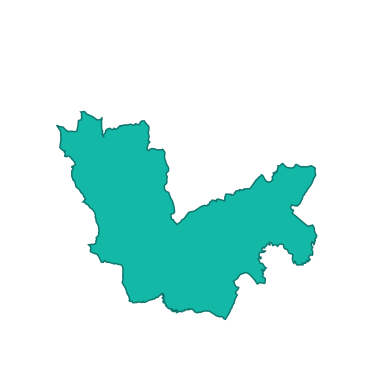 outline of Zipaquira, Cundinamarca, Colombia, rotated 329°
{"feature_id": "7082276B49275138212053", "entity_name": "Zipaquira", "entity_type": "district", "adm_level": 2, "iso_a3": "COL", "parent_name": "Colombia", "parent_adm1": "Cundinamarca", "projection": "albers", "projection_center": [-74.018, 5.061], "detail": "fine", "context": "isolated", "style": "filled", "palette": "teal", "viewbox_px": 384, "rotation_deg": 329, "n_neighbors": 0, "source": "geoboundaries", "source_scale": "gbopen_adm2", "svg_char_len": 6037}
<svg xmlns="http://www.w3.org/2000/svg" viewBox="0 0 384 384"><g transform="rotate(329 192 192)"><path d="M280.5,214.9L279.2,213.9L278.9,214.9L277.6,215.7L275.8,218.3L275.3,218.4L275.0,217.6L273.7,218.8L273.3,217.8L272.4,218.2L271.9,217.6L271.3,217.6L271.1,219.4L268.5,220.4L267.5,222.8L265.0,223.8L263.1,223.0L262.5,223.2L261.6,221.5L260.9,219.5L261.2,214.4L260.2,212.9L258.8,213.8L257.0,213.7L254.0,214.8L253.7,214.5L243.5,219.0L238.2,216.2L237.2,217.0L234.0,214.5L233.2,215.3L232.5,214.6L229.8,213.8L228.4,215.1L228.1,214.7L226.5,215.7L224.3,215.2L224.4,214.2L220.0,211.3L217.7,213.2L215.5,216.4L210.3,211.2L209.0,211.3L208.2,212.9L207.6,212.4L207.6,211.5L205.0,209.3L203.3,210.0L202.5,209.7L200.3,211.4L199.5,210.9L198.1,211.7L195.5,209.7L193.6,209.6L192.6,209.1L184.3,209.6L178.7,207.7L171.8,210.7L169.0,210.7L166.5,211.8L162.3,212.2L162.1,209.7L161.5,209.1L161.6,206.1L160.4,204.7L162.4,200.1L164.5,200.8L166.1,200.6L166.9,200.0L169.1,195.1L170.5,190.0L170.7,185.3L171.8,180.4L170.0,178.0L169.9,175.4L171.7,172.1L174.5,171.5L175.4,170.9L177.2,167.6L178.6,166.3L178.9,163.7L179.6,162.6L182.4,162.0L183.6,160.6L184.4,158.8L184.6,154.3L186.2,148.2L189.2,144.0L188.9,140.3L187.4,140.1L185.5,138.8L184.0,138.3L182.0,135.6L179.6,134.0L177.8,133.7L176.1,134.2L175.6,133.8L175.7,132.0L176.3,131.0L179.4,128.0L181.0,127.8L181.7,127.3L180.9,125.3L183.9,122.3L184.9,118.7L187.0,116.6L188.8,113.5L187.7,108.7L187.8,106.6L185.7,105.3L183.6,105.6L181.5,107.2L179.6,105.6L179.0,104.5L178.5,104.3L177.8,104.9L176.2,104.7L174.8,102.8L173.3,101.8L171.1,101.5L170.0,100.3L169.4,100.4L167.1,99.1L165.3,99.1L165.2,98.5L164.3,98.1L163.6,98.8L162.4,98.5L160.6,99.2L158.8,98.9L158.1,97.3L156.9,97.8L155.2,97.0L154.4,95.1L153.2,94.7L151.5,94.5L150.5,95.3L149.8,94.9L148.2,96.7L145.5,97.2L144.6,99.9L144.9,95.7L146.6,94.2L147.2,91.1L151.0,84.5L152.5,83.1L152.8,82.1L150.5,82.9L147.9,81.4L145.4,75.8L141.9,70.9L141.4,67.7L137.9,66.2L138.1,67.2L135.3,72.1L133.8,73.1L132.2,72.4L131.1,72.6L129.6,75.1L124.8,80.4L122.6,80.0L120.0,77.8L116.7,76.2L116.7,75.4L115.9,74.4L114.9,70.0L112.0,67.6L111.1,65.9L110.4,65.7L110.7,71.9L109.8,73.9L106.5,79.9L101.6,85.8L102.7,89.8L104.4,91.4L103.1,91.8L103.3,93.0L102.7,94.8L101.6,95.2L101.4,95.9L102.9,97.3L104.4,97.2L105.2,97.6L106.8,105.7L106.1,108.6L102.0,108.4L101.8,109.0L102.8,110.4L99.9,111.9L97.1,116.6L96.4,120.0L96.3,121.4L97.0,122.2L95.3,128.0L96.7,131.7L96.6,135.4L97.4,137.6L96.9,140.2L97.2,143.1L93.5,144.4L94.3,144.8L94.7,146.5L95.6,147.3L95.2,148.2L96.3,149.6L96.5,153.0L97.6,155.1L98.1,158.8L97.3,162.3L96.0,163.9L96.0,165.1L94.6,168.2L94.5,172.5L92.4,177.5L91.0,178.6L90.4,180.2L88.8,181.2L86.2,181.9L86.0,183.5L84.5,184.3L83.8,185.9L81.2,186.6L79.4,185.4L76.2,184.1L76.7,185.7L76.7,188.0L74.8,189.6L74.2,190.9L77.2,195.1L78.5,196.1L78.8,199.4L78.2,205.6L80.1,206.6L81.6,205.6L82.9,208.5L84.4,209.2L88.5,213.7L89.4,213.8L94.3,218.7L93.6,221.6L90.7,226.6L88.5,229.8L87.9,231.4L85.5,233.8L85.5,239.4L84.9,243.1L84.2,244.6L84.1,248.8L83.3,252.0L82.2,252.6L82.4,253.8L84.2,254.8L84.2,256.3L84.6,256.6L87.8,258.3L89.2,258.3L92.1,260.8L92.9,261.1L93.9,260.8L94.0,261.8L94.5,262.2L100.9,262.9L102.2,263.7L103.5,263.6L104.5,264.3L106.9,263.7L107.4,264.4L109.4,264.6L110.2,263.9L111.1,264.1L113.7,263.3L115.0,264.2L114.6,264.8L113.8,264.6L113.5,264.9L113.7,265.5L114.9,266.1L114.2,267.3L113.4,266.9L113.0,267.8L112.2,267.4L111.9,267.8L112.7,268.9L113.6,268.7L111.7,270.3L112.2,272.1L111.6,272.3L110.8,271.0L110.4,271.8L111.6,273.6L111.2,275.3L111.7,275.9L111.0,276.7L111.4,277.1L111.8,279.8L114.7,281.8L114.2,282.3L113.9,281.6L113.3,282.3L113.6,283.4L114.5,283.7L114.0,283.8L114.1,284.6L115.2,285.2L116.1,285.0L116.2,284.4L117.1,284.8L117.3,285.2L116.3,286.0L116.7,286.4L117.9,285.6L117.6,286.8L117.0,287.4L118.1,287.4L118.6,286.9L118.7,287.8L120.9,288.3L121.3,289.3L122.5,289.6L122.9,289.1L124.7,290.0L125.4,289.3L128.7,291.3L129.3,291.2L129.2,290.6L130.1,291.2L130.1,291.7L131.9,292.3L132.9,296.8L134.7,298.5L135.8,298.5L137.3,299.5L141.3,300.3L145.5,303.0L149.1,310.5L151.1,312.9L153.8,314.5L154.1,317.2L155.0,318.3L162.3,314.5L164.4,312.7L166.4,311.9L167.6,310.6L171.1,308.7L173.3,306.3L177.8,303.5L177.1,301.0L178.9,299.8L181.9,298.9L182.9,297.8L182.0,297.3L181.0,295.5L180.8,293.8L181.5,291.4L181.5,289.9L186.6,289.5L190.3,287.6L192.3,287.7L197.2,289.0L199.1,292.8L200.4,299.7L200.6,304.5L203.5,304.5L206.8,307.5L207.7,307.5L210.1,304.2L209.9,302.8L208.8,301.0L209.7,299.9L211.0,299.2L210.7,297.8L212.2,297.0L211.6,294.8L212.2,294.6L213.7,296.6L215.0,295.6L216.5,295.3L215.7,293.9L215.6,289.7L213.7,288.0L214.3,285.4L214.1,283.5L215.5,283.1L216.1,284.3L216.8,284.6L217.6,283.5L216.6,282.1L216.5,281.3L217.6,279.7L219.0,278.8L222.3,280.6L224.4,280.5L224.4,280.1L222.7,279.4L221.9,277.8L222.0,277.3L224.0,276.0L224.5,276.1L224.7,277.0L225.5,277.4L226.1,276.7L227.6,276.6L229.2,275.6L230.0,275.5L231.4,277.5L232.0,276.9L232.0,275.5L232.8,275.2L234.0,276.7L233.7,279.5L235.9,279.8L237.1,281.4L237.4,282.7L239.1,281.9L240.4,281.9L242.0,282.8L243.2,284.4L242.4,286.2L242.1,288.1L244.0,290.4L243.6,294.4L245.8,296.8L246.0,297.8L243.2,301.6L242.5,305.3L245.6,304.5L244.0,305.9L244.5,308.7L249.7,311.5L249.8,309.8L252.6,311.5L253.3,310.8L255.7,311.4L255.2,310.2L255.5,309.8L256.9,310.8L258.4,310.9L258.3,308.2L258.8,307.5L261.4,306.8L262.5,308.2L263.5,307.5L264.6,305.5L265.1,302.8L266.9,301.6L266.8,299.0L268.6,297.0L269.2,296.7L269.7,297.2L269.4,299.8L270.5,299.2L271.8,297.4L272.6,297.3L273.1,295.6L274.6,295.3L276.1,294.0L276.6,293.1L276.3,291.4L276.9,288.6L278.3,285.3L278.4,282.5L273.7,281.2L271.4,274.8L267.1,262.1L267.5,261.1L268.9,260.6L269.4,260.0L269.3,259.1L268.4,258.5L268.3,256.2L270.8,254.4L273.4,257.1L274.4,257.0L274.8,258.2L278.3,257.6L283.4,254.3L285.0,252.6L287.2,252.1L287.9,251.2L290.4,250.5L291.0,249.9L298.9,246.5L303.2,243.2L306.4,241.4L307.3,240.1L307.7,238.0L309.7,235.5L309.8,234.6L307.7,230.9L303.4,229.7L300.0,227.3L298.5,226.9L295.6,222.1L294.9,222.0L291.9,223.4L289.3,222.6L285.6,219.5L284.5,214.4L283.7,214.1L280.5,214.9Z" fill="#14b8a6" stroke="#0f766e" stroke-width="1.5"/></g></svg>